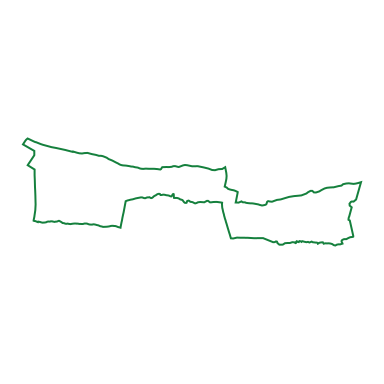 Santa Cruz Quilehtla, Tlaxcala, Mexico
{"feature_id": "50627088B84143301637451", "entity_name": "Santa Cruz Quilehtla", "entity_type": "district", "adm_level": 2, "iso_a3": "MEX", "parent_name": "Mexico", "parent_adm1": "Tlaxcala", "projection": "albers", "projection_center": [-98.204, 19.212], "detail": "fine", "context": "isolated", "style": "outline", "palette": "green", "viewbox_px": 384, "rotation_deg": 0, "n_neighbors": 0, "source": "geoboundaries", "source_scale": "gbopen_adm2", "svg_char_len": 5825}
<svg xmlns="http://www.w3.org/2000/svg" viewBox="0 0 384 384"><path d="M131.2,166.5L130.9,166.5L130.2,166.3L128.6,166.0L126.0,165.6L123.0,165.4L121.4,165.1L120.2,164.7L119.2,164.2L118.1,163.5L116.0,162.5L112.4,160.6L110.5,159.8L108.7,159.1L106.7,157.7L103.2,156.3L102.1,156.0L100.9,155.8L99.7,155.8L98.9,155.8L97.6,155.4L95.9,154.9L93.9,154.5L91.8,154.1L91.5,154.0L90.0,153.6L87.5,152.9L86.1,153.0L84.4,153.1L82.0,153.5L79.4,153.3L76.9,152.7L73.0,151.5L72.9,151.7L72.8,151.9L66.1,150.2L65.9,150.1L56.2,148.0L51.3,147.1L50.6,146.9L48.8,146.4L42.9,144.8L40.8,144.1L35.8,142.1L35.3,142.1L33.5,141.3L30.0,139.6L27.6,138.5L26.1,139.8L25.1,141.1L24.6,141.9L23.0,144.4L30.1,148.5L34.3,150.9L34.3,153.1L34.3,155.1L34.2,155.4L29.9,161.9L29.0,163.2L27.7,165.2L31.7,167.7L33.6,168.9L34.6,169.5L34.6,171.0L34.6,172.9L34.6,175.3L34.8,180.0L35.0,187.2L35.2,190.8L35.4,196.1L35.4,196.7L35.5,200.8L35.6,204.5L35.4,208.2L35.3,210.2L34.5,215.6L34.4,216.5L33.7,219.9L33.6,220.7L34.3,221.0L34.9,221.0L35.6,221.2L36.6,221.6L37.2,221.9L37.8,222.1L37.9,221.7L38.3,221.6L39.1,221.8L40.1,222.0L41.3,222.4L42.9,222.7L44.0,222.5L44.9,222.5L46.4,222.2L47.2,221.7L48.7,221.5L49.4,221.6L50.0,221.6L50.4,221.4L51.2,221.3L52.0,221.3L53.0,221.6L53.8,221.7L54.3,221.9L55.1,221.8L55.8,221.6L56.6,221.6L57.4,221.4L58.5,220.9L59.3,220.9L60.5,221.6L61.6,222.2L62.5,223.0L64.1,223.2L65.3,223.7L66.5,223.8L67.6,223.6L68.9,223.9L70.4,224.1L72.1,223.8L73.6,223.6L75.0,223.5L76.2,223.5L76.8,223.7L77.8,223.6L79.0,223.9L81.8,224.0L82.9,224.0L84.6,223.5L86.1,223.5L87.3,223.7L88.5,224.2L89.7,224.5L91.0,224.6L92.2,224.6L93.2,224.3L94.4,224.4L95.4,224.6L96.7,225.0L98.5,225.4L100.2,226.2L101.8,226.5L103.1,226.9L105.2,226.8L107.0,226.7L107.8,226.6L109.2,226.4L111.1,225.9L113.0,225.8L114.0,226.0L115.1,226.0L116.6,226.4L117.4,226.8L118.6,227.2L119.5,227.4L120.5,227.7L120.8,226.0L121.5,222.4L121.6,222.0L122.0,220.2L122.4,217.9L123.0,215.0L123.6,212.4L124.7,206.5L125.7,201.2L127.4,200.5L129.1,200.1L130.5,199.7L132.8,199.3L135.7,198.4L137.7,198.0L139.3,197.7L140.8,197.4L142.1,197.4L144.1,198.1L145.2,198.2L147.2,197.4L148.4,197.4L149.4,197.2L150.2,197.7L151.1,198.1L152.2,197.8L153.1,197.1L153.6,196.5L154.7,195.8L155.8,195.3L157.0,194.4L158.2,193.9L159.2,193.8L160.0,194.1L160.5,195.0L161.6,195.0L162.9,194.7L164.0,194.7L165.2,194.9L166.2,195.2L168.0,195.4L169.2,195.7L170.4,196.3L171.4,196.4L172.1,195.6L172.5,194.6L173.2,194.0L173.7,194.2L173.8,195.2L173.8,196.1L173.9,197.3L174.0,197.9L175.1,198.0L175.9,197.9L177.2,198.0L178.3,198.3L179.4,198.8L180.2,199.4L181.5,199.7L182.5,200.1L183.4,201.3L184.2,202.3L184.9,202.8L185.8,202.9L186.5,202.8L186.8,202.1L187.2,201.0L188.6,200.6L189.4,201.0L190.3,201.8L191.9,202.0L192.7,202.2L194.0,202.9L195.1,203.4L196.6,203.0L197.9,202.3L200.2,202.0L201.6,202.1L203.1,202.2L204.2,202.3L205.0,201.9L206.9,200.9L208.1,200.9L210.0,202.3L211.3,202.3L213.4,202.0L216.7,201.9L221.2,202.5L222.1,202.7L222.0,203.7L222.0,204.6L222.0,204.9L222.1,205.7L222.1,206.3L222.2,207.2L222.3,208.1L222.5,208.7L223.0,211.1L223.2,212.0L223.5,213.1L223.7,213.7L223.9,214.4L224.2,216.0L224.4,216.6L224.6,217.3L224.9,218.5L225.1,219.1L225.3,219.6L225.7,220.9L225.9,221.8L226.5,223.6L227.4,226.7L227.9,228.4L228.3,229.7L229.1,232.4L229.7,234.2L230.1,235.6L230.9,238.3L233.1,238.5L237.0,237.6L239.4,237.7L247.7,237.8L250.9,238.0L254.0,238.2L263.0,238.1L271.7,241.6L273.1,242.2L274.8,242.1L276.0,241.4L276.9,241.6L277.3,242.4L277.4,243.0L279.4,244.7L281.4,244.7L282.8,244.6L285.0,243.2L287.5,243.0L289.9,243.0L292.3,242.2L294.3,242.3L295.5,243.1L296.0,242.9L296.2,242.3L296.2,241.7L296.8,241.2L298.0,242.0L298.8,242.1L299.4,241.1L300.2,241.2L300.8,241.4L301.5,241.9L302.2,241.2L303.1,241.4L304.1,241.7L306.4,242.2L308.0,241.9L309.4,242.5L310.7,242.0L311.7,241.6L312.6,242.2L315.9,242.6L316.9,242.6L317.7,243.1L317.9,243.7L318.5,243.4L319.0,242.9L320.0,242.6L321.4,242.4L322.8,242.3L323.1,242.8L323.7,243.7L325.2,243.3L327.0,243.4L328.7,243.3L330.7,243.6L332.3,244.1L333.7,245.1L335.3,245.5L337.0,244.6L338.8,244.3L340.0,244.4L342.5,243.6L342.3,243.0L341.6,241.7L341.6,240.8L342.0,240.2L342.6,239.8L343.6,239.3L344.6,239.1L346.4,239.1L348.4,238.0L350.3,237.2L352.1,237.0L353.2,236.7L353.3,236.1L351.6,228.5L349.8,220.5L348.5,219.8L348.5,219.1L348.8,217.4L349.2,216.5L351.7,207.3L349.7,205.6L349.5,203.7L350.9,201.9L351.9,201.5L353.6,201.6L356.1,199.5L361.0,182.2L357.9,183.1L355.7,183.6L353.6,183.9L351.1,183.6L348.8,183.3L346.3,183.5L343.1,184.2L341.5,185.6L338.5,186.1L333.7,187.3L331.1,187.4L328.7,187.6L326.9,187.8L324.5,188.5L321.4,190.1L319.3,191.4L315.9,192.5L313.9,192.4L313.0,191.5L312.3,190.9L310.5,190.9L309.4,191.5L308.2,192.1L306.4,193.5L304.3,194.3L301.4,195.4L298.6,195.7L294.1,196.1L289.1,196.9L285.4,198.0L280.8,199.4L279.5,199.6L277.0,199.9L273.9,201.0L272.4,201.6L271.5,201.7L269.2,201.4L268.7,201.2L268.0,201.2L267.5,201.5L267.1,201.9L266.8,202.9L266.4,204.1L265.7,204.7L264.7,205.0L263.3,205.3L262.0,205.5L260.9,205.2L259.7,204.9L258.3,204.4L256.1,204.0L254.5,203.7L252.7,203.4L249.9,203.3L248.0,203.1L247.2,203.0L246.0,202.8L244.9,202.3L243.6,202.3L242.5,202.2L241.5,201.4L238.6,202.6L235.7,202.5L235.9,201.6L237.7,192.4L237.7,192.0L235.4,190.9L233.8,190.3L231.6,189.9L229.6,189.4L228.0,188.8L226.8,187.6L224.7,186.6L225.6,182.7L225.8,181.8L225.9,181.1L226.0,180.9L226.4,178.7L226.6,176.0L226.3,172.9L225.2,167.2L222.2,169.0L218.5,169.2L215.0,170.2L212.1,170.0L208.5,168.6L203.6,167.4L197.8,166.2L192.2,166.3L187.1,165.2L184.9,165.0L183.0,165.4L180.4,166.4L178.8,167.0L178.0,166.9L176.2,166.4L175.0,166.1L173.2,166.2L171.7,166.8L168.9,167.1L166.4,167.0L164.5,167.1L162.8,167.1L162.1,167.3L161.0,169.1L160.3,169.5L157.5,169.1L154.1,168.8L150.6,168.8L149.1,168.8L147.1,168.7L145.0,168.7L143.4,168.9L141.7,168.8L140.0,168.5L137.8,167.6L135.0,167.2L132.9,166.6L132.0,166.6L131.2,166.5Z" fill="none" stroke="#15803d" stroke-width="2"/></svg>